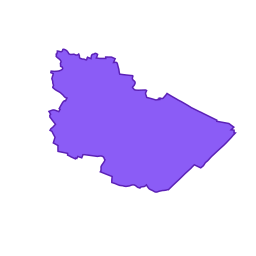 Thi xa Cai Lay, Tiền Giang, Vietnam, rotated 117°
{"feature_id": "81297802B17596796998347", "entity_name": "Thi xa Cai Lay", "entity_type": "district", "adm_level": 2, "iso_a3": "VNM", "parent_name": "Vietnam", "parent_adm1": "Tiền Giang", "projection": "equal_earth", "projection_center": [106.133, 10.425], "detail": "fine", "context": "isolated", "style": "filled", "palette": "violet", "viewbox_px": 256, "rotation_deg": 117, "n_neighbors": 0, "source": "geoboundaries", "source_scale": "gbopen_adm2", "svg_char_len": 4681}
<svg xmlns="http://www.w3.org/2000/svg" viewBox="0 0 256 256"><g transform="rotate(117 128 128)"><path d="M176.1,90.1L175.6,90.1L175.3,90.0L174.7,89.6L174.1,89.0L173.3,87.7L172.7,86.9L172.0,86.4L170.9,86.0L170.7,85.9L170.3,85.7L170.8,85.1L171.2,84.4L172.0,82.9L172.3,82.2L172.5,81.8L172.6,81.2L172.7,80.1L172.6,78.5L172.6,76.6L172.7,75.7L172.7,75.2L172.5,74.2L172.1,73.5L171.5,72.7L170.7,72.0L170.1,71.4L169.5,70.7L168.2,69.1L167.1,67.3L166.0,65.8L165.0,64.8L164.7,64.0L158.2,61.8L150.4,59.0L142.6,56.4L135.5,53.7L133.4,53.1L130.7,52.2L130.5,45.1L129.9,44.8L127.4,43.7L125.5,43.5L124.2,43.4L123.5,43.2L122.2,42.7L121.4,42.3L120.1,41.9L117.5,41.2L115.4,40.6L111.3,39.1L107.7,37.8L104.2,36.5L99.8,34.8L96.8,33.8L92.7,32.6L90.7,32.0L89.2,31.6L87.0,31.1L86.0,30.9L85.8,30.8L85.8,30.7L83.7,30.1L84.1,31.3L81.8,32.5L82.1,33.6L82.8,35.3L79.2,34.1L78.2,40.2L81.7,51.9L80.7,52.4L80.8,59.7L80.9,67.3L80.9,70.3L81.0,71.6L81.1,81.1L80.9,82.5L80.9,83.2L80.8,83.9L80.7,85.1L80.4,90.6L80.3,92.6L80.3,96.0L80.2,97.4L79.9,103.6L79.7,106.6L79.5,108.9L82.4,109.4L82.5,109.5L85.4,110.2L85.9,110.5L86.3,111.1L86.6,111.8L86.7,112.8L86.9,113.3L87.4,113.8L87.4,113.6L87.7,113.1L87.9,112.8L88.1,112.6L90.4,116.0L91.0,119.3L91.3,120.9L92.3,125.2L92.1,125.4L91.2,126.2L90.0,127.5L89.6,127.8L88.9,128.2L88.7,128.3L87.9,128.3L86.2,128.4L86.1,129.1L86.2,129.7L89.7,136.0L90.7,138.3L91.0,139.7L90.6,140.6L90.1,141.8L90.0,142.2L89.9,142.4L89.7,142.5L89.2,142.5L88.3,142.2L87.3,141.9L86.1,141.9L85.4,141.9L84.8,142.1L84.3,142.3L83.9,142.6L83.5,143.2L83.3,143.6L83.2,144.4L83.1,144.6L83.0,145.0L82.7,145.7L82.3,146.3L82.1,146.5L81.5,146.8L80.4,147.0L79.5,147.2L79.4,147.3L79.3,147.8L79.4,148.0L81.6,153.7L83.8,159.8L82.6,160.9L79.9,162.8L77.7,164.8L75.5,166.7L75.0,167.4L74.9,167.8L74.9,168.1L74.9,168.5L75.1,168.9L76.2,170.6L72.4,170.9L72.1,170.9L72.3,174.6L72.4,175.1L74.9,180.1L76.1,179.4L78.9,184.9L80.0,188.0L77.8,188.2L76.2,188.5L76.1,190.0L76.2,190.7L76.4,191.2L77.4,191.8L78.4,193.0L79.2,193.4L80.2,193.4L82.2,192.8L83.0,192.5L83.3,196.2L84.1,196.2L84.5,196.2L85.0,196.0L85.4,195.9L85.8,195.8L86.0,195.9L86.3,196.1L86.4,196.5L86.5,196.9L86.5,197.3L86.6,198.5L87.3,200.0L87.4,200.5L87.4,201.1L87.5,201.6L87.7,202.2L87.0,203.4L85.7,204.1L84.5,205.5L85.6,206.0L86.0,206.4L86.2,206.7L86.4,207.2L86.6,207.5L86.7,208.0L86.7,208.7L86.7,209.2L86.8,209.6L87.1,210.2L87.6,210.9L88.5,212.4L88.6,212.8L88.7,213.2L88.7,214.6L88.0,215.4L87.1,217.2L86.9,218.0L86.8,219.0L86.8,219.7L86.9,220.6L87.2,221.4L87.5,221.7L87.8,221.7L88.2,221.6L88.6,221.5L89.5,221.6L89.8,221.7L90.1,221.9L90.5,222.3L90.8,223.5L91.3,225.4L91.5,225.9L92.1,225.6L92.4,225.5L93.5,225.2L94.3,225.1L94.6,225.5L95.2,225.3L95.4,225.0L95.7,224.8L96.0,224.8L96.5,224.7L96.8,224.5L97.0,224.0L97.1,223.7L97.4,222.6L97.7,221.0L97.9,220.0L98.1,219.4L98.4,218.9L98.7,218.4L99.1,217.9L99.6,217.6L100.3,217.6L100.8,217.6L101.5,217.4L102.0,217.0L102.3,216.6L102.8,216.4L103.2,216.4L103.6,216.1L103.7,215.7L103.7,215.4L103.6,214.9L103.5,214.6L103.6,214.3L104.3,213.4L104.7,213.2L105.1,213.1L106.0,213.4L107.4,214.4L108.4,215.3L109.6,217.0L111.0,219.4L112.2,222.3L113.7,221.9L113.5,219.3L114.9,218.9L117.1,218.6L118.7,218.2L120.4,216.4L122.1,215.4L123.8,213.7L125.1,213.7L126.1,213.4L126.4,212.3L126.7,211.0L126.8,210.6L127.0,208.8L127.0,207.8L127.1,205.5L127.2,204.4L127.4,203.6L128.1,201.0L128.9,199.1L129.1,198.4L129.2,198.0L129.2,197.3L129.0,196.0L132.2,196.0L132.7,197.2L133.7,197.4L134.1,197.6L134.5,197.8L138.0,198.0L142.0,198.1L142.2,197.0L144.8,197.1L145.2,200.6L145.4,201.7L145.6,202.2L145.7,202.5L145.9,202.9L146.1,203.2L147.0,204.1L149.1,206.0L150.8,203.2L151.4,203.3L152.1,203.4L152.7,203.2L153.9,202.3L154.1,201.7L154.5,200.8L155.2,199.5L156.5,196.7L157.6,194.3L161.3,195.3L163.8,196.4L165.5,196.4L165.5,194.3L167.4,191.7L169.4,188.8L175.2,187.8L175.4,182.4L175.9,182.2L180.0,180.1L180.6,179.7L178.0,170.3L179.6,169.5L179.5,168.1L179.5,166.9L179.6,166.1L179.4,160.9L178.5,160.9L178.4,159.8L176.1,159.8L175.6,155.7L173.9,155.8L172.2,156.0L171.4,154.4L167.5,143.3L167.3,142.5L166.7,141.7L165.6,140.1L165.2,139.4L165.0,138.8L164.9,138.0L164.9,137.5L165.0,136.7L165.3,136.1L165.6,135.7L166.0,135.4L166.2,135.2L166.4,134.9L166.5,134.6L166.7,134.1L168.1,133.9L170.3,134.1L173.0,134.5L174.5,134.5L175.3,134.2L176.7,133.4L177.7,133.0L178.6,132.7L179.6,132.8L179.2,128.4L179.1,127.0L178.8,124.1L178.7,122.9L178.4,120.1L181.7,118.8L183.9,117.7L183.4,114.6L183.3,113.3L183.2,111.8L183.0,109.9L182.9,109.3L182.2,107.4L181.8,106.4L181.7,105.7L181.5,104.8L181.0,103.3L180.0,101.9L178.9,100.4L177.3,99.0L176.4,97.8L176.0,96.8L175.9,96.3L175.9,95.1L176.2,93.8L176.4,92.7L176.4,91.9L176.2,91.2L176.1,90.1Z" fill="#8b5cf6" stroke="#5b21b6" stroke-width="1.5"/></g></svg>